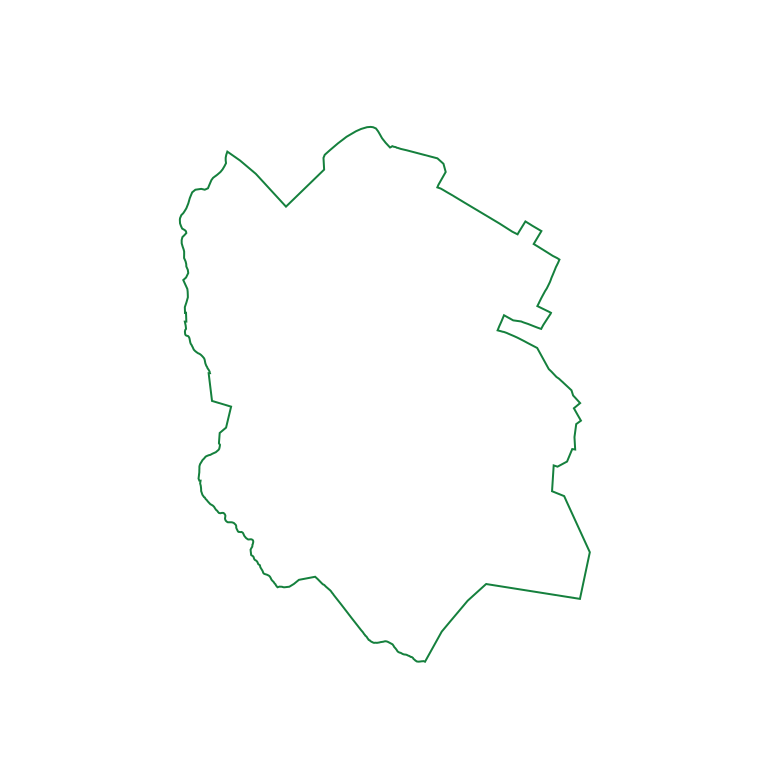 Sitalá, Chiapas, Mexico, rotated 66°
{"feature_id": "50627088B7924779316969", "entity_name": "Sitalá", "entity_type": "district", "adm_level": 2, "iso_a3": "MEX", "parent_name": "Mexico", "parent_adm1": "Chiapas", "projection": "albers", "projection_center": [-92.346, 17.038], "detail": "fine", "context": "isolated", "style": "outline", "palette": "green", "viewbox_px": 768, "rotation_deg": 66, "n_neighbors": 0, "source": "geoboundaries", "source_scale": "gbopen_adm2", "svg_char_len": 6153}
<svg xmlns="http://www.w3.org/2000/svg" viewBox="0 0 768 768"><g transform="rotate(66 384 384)"><path d="M215.4,241.4L207.0,240.1L199.6,243.4L179.8,268.1L176.1,273.0L174.0,275.3L173.3,276.3L172.4,276.9L172.1,277.3L171.3,278.5L170.5,279.3L170.1,279.7L170.2,280.1L170.3,280.9L170.4,281.4L170.4,282.3L164.3,284.4L158.8,285.8L156.8,286.0L154.5,286.2L150.8,286.6L147.3,287.4L145.0,289.5L143.7,291.6L142.5,295.0L141.7,301.1L141.7,306.8L142.9,317.6L145.4,328.1L148.3,338.0L150.5,344.9L152.8,347.3L163.8,351.5L182.1,401.4L139.9,415.6L121.3,424.6L108.0,432.6L110.5,434.9L112.9,436.6L115.4,437.7L118.0,438.5L120.1,441.1L122.3,444.2L123.8,447.2L125.0,451.2L126.1,456.2L127.5,458.7L131.1,462.6L133.6,465.2L133.6,468.7L131.4,471.6L129.8,477.3L130.9,481.3L135.2,485.8L139.4,489.3L143.1,493.1L144.9,495.7L146.3,497.9L147.3,500.5L149.6,502.9L150.9,503.7L154.3,505.0L157.0,505.2L159.9,505.2L162.4,503.4L164.0,502.8L165.7,503.2L166.8,505.7L167.8,508.4L170.2,510.3L173.2,511.6L176.8,512.1L179.5,512.3L181.7,512.7L184.4,513.9L187.6,515.4L191.3,515.4L194.0,515.9L196.3,516.8L199.9,516.8L203.0,517.7L206.2,521.5L207.4,525.1L217.2,525.0L219.8,525.8L222.8,527.0L225.0,527.9L229.1,531.3L232.8,534.7L237.0,536.4L238.1,536.9L238.4,535.9L246.6,539.2L246.0,540.6L249.9,541.4L253.1,542.4L253.7,543.5L254.5,544.1L255.4,544.7L256.2,544.9L257.0,545.2L257.8,545.4L258.8,545.3L259.6,544.7L260.4,543.6L261.3,543.2L262.7,543.1L263.9,543.3L265.6,543.7L267.4,544.1L268.7,544.2L270.2,543.9L271.3,543.9L272.6,543.8L275.2,543.8L276.9,543.2L278.5,542.4L280.2,541.4L280.8,540.8L282.0,539.9L282.9,539.4L284.4,538.8L285.9,538.3L287.5,537.9L289.0,538.0L290.7,538.4L292.5,538.8L294.2,538.9L295.4,538.9L296.6,538.7L297.8,538.8L298.3,538.7L299.7,538.4L300.4,538.4L301.1,538.3L301.9,538.3L302.2,538.5L303.3,538.6L302.8,539.8L329.5,548.0L342.5,532.9L359.6,546.0L361.9,554.0L371.0,558.9L372.9,558.6L374.6,559.7L376.2,560.9L376.9,562.0L377.9,565.4L377.9,569.2L378.1,571.5L377.8,572.9L377.7,574.8L377.8,576.5L379.0,578.9L379.6,580.6L380.8,582.3L381.5,583.3L382.2,584.4L383.5,585.6L384.5,586.3L385.9,586.9L387.5,587.7L389.5,588.6L390.8,589.4L392.5,590.4L395.0,591.9L397.2,592.0L397.7,590.9L400.0,592.4L402.5,592.8L405.3,593.7L407.5,594.6L408.9,594.7L410.7,594.9L411.8,594.9L413.0,594.6L414.2,594.4L414.8,593.9L416.6,593.7L418.0,593.1L419.4,592.8L421.5,592.1L423.2,591.5L424.2,590.7L425.5,589.8L427.0,589.2L428.5,589.0L429.8,588.8L430.7,588.6L431.6,588.1L432.6,587.8L433.7,587.6L434.7,587.2L435.5,586.1L435.7,584.9L436.2,583.6L436.6,583.0L437.2,582.8L438.2,582.4L439.6,582.4L440.6,582.9L441.6,583.6L442.5,584.1L443.2,584.1L444.2,584.2L445.2,583.9L446.0,583.5L446.8,582.9L447.7,580.8L448.5,579.2L449.0,578.6L449.9,577.7L451.2,577.2L452.1,576.8L452.9,576.7L453.7,576.8L454.2,577.0L455.0,577.4L455.7,577.5L456.6,577.5L458.2,577.4L459.0,577.4L459.9,577.1L460.1,576.6L460.6,575.9L461.0,575.1L461.2,574.4L461.8,573.9L462.3,573.6L463.0,573.4L464.2,573.4L464.9,573.4L465.8,573.4L466.4,573.3L467.0,573.1L467.8,572.9L468.5,572.7L469.1,572.4L469.9,571.9L470.6,571.5L470.9,571.1L471.2,570.2L471.5,569.4L471.7,568.7L472.3,568.0L472.9,567.5L473.8,567.3L474.7,567.5L475.6,568.0L476.2,568.5L476.9,569.0L477.2,569.5L477.8,569.8L478.4,570.1L479.2,570.7L479.5,571.3L481.1,573.3L482.4,573.7L482.9,573.9L484.0,574.2L484.6,574.4L486.1,574.9L486.5,574.8L487.2,574.3L487.7,573.9L488.7,573.6L489.1,573.5L490.3,573.7L491.6,573.7L492.5,573.3L492.8,573.0L493.6,572.5L494.8,572.1L497.5,572.1L499.1,571.1L501.1,571.5L502.0,571.4L502.6,571.3L503.6,571.2L504.8,571.0L506.2,571.0L506.8,571.1L507.6,571.1L508.8,570.6L509.3,570.0L510.0,569.2L510.9,568.2L512.1,567.3L512.6,566.9L514.0,566.5L515.5,566.4L516.9,566.4L518.0,566.1L518.6,565.9L519.8,565.4L520.7,565.2L521.7,565.1L522.8,564.6L523.9,564.6L524.6,564.5L525.0,564.3L525.7,564.2L526.4,563.9L526.5,562.9L526.6,561.9L527.0,561.1L527.3,560.6L527.7,559.7L528.2,559.2L528.9,558.3L529.2,557.7L530.7,552.9L530.0,547.6L528.3,541.4L532.1,525.3L535.3,523.9L541.0,521.8L542.3,521.2L542.7,520.8L543.3,520.3L545.5,519.5L547.4,518.6L548.9,517.9L550.6,517.1L552.1,516.6L553.2,516.5L554.8,516.0L556.5,515.7L568.3,512.7L584.1,508.9L599.3,505.1L602.3,504.2L604.3,503.9L605.4,503.5L606.1,503.5L607.5,502.8L608.4,502.6L610.0,502.4L610.8,502.1L611.5,502.1L612.5,501.2L612.8,501.2L613.9,500.6L614.5,500.2L615.0,499.7L615.8,499.1L616.4,498.4L616.9,497.0L617.6,495.7L617.8,495.0L618.2,493.5L618.4,492.2L618.8,490.7L619.2,489.3L619.3,488.3L619.7,487.1L620.3,486.2L621.3,485.2L625.3,482.1L627.3,481.7L628.2,481.7L630.0,481.1L632.0,480.6L632.9,480.5L634.0,480.3L634.4,480.0L635.2,479.5L635.7,479.0L636.4,478.1L636.8,477.8L638.3,476.7L639.2,475.7L640.2,474.0L640.7,473.4L642.3,472.1L642.8,471.4L644.1,470.7L644.6,469.8L645.9,469.0L647.3,468.8L648.3,468.2L649.2,467.9L650.9,466.8L651.8,465.2L652.2,463.9L652.4,463.3L652.6,462.5L653.0,461.4L653.3,460.5L654.4,459.5L633.7,432.0L627.7,419.8L616.0,395.7L608.3,372.2L608.3,371.9L608.7,371.4L660.0,292.4L621.4,264.4L565.2,265.0L559.7,265.0L550.3,274.1L527.4,262.1L530.1,259.1L529.3,248.3L520.0,238.5L521.6,236.0L510.0,231.6L498.8,224.7L497.6,219.0L490.8,219.7L483.4,220.4L481.2,212.6L471.4,215.9L466.0,215.3L450.3,222.0L447.7,223.6L440.8,226.0L437.4,227.4L413.4,229.4L410.5,231.7L404.7,236.3L402.1,238.3L398.1,241.5L395.9,243.3L393.3,245.6L389.1,249.5L387.2,251.2L385.2,253.3L384.4,254.5L383.6,255.4L381.2,258.4L378.1,255.2L374.9,251.6L370.0,246.4L378.4,240.1L382.7,233.2L384.3,231.7L385.6,230.3L387.7,228.0L392.6,223.2L394.8,221.0L396.9,218.8L397.6,218.0L396.8,217.0L394.8,214.4L391.1,208.7L387.5,203.1L386.9,202.5L385.6,203.5L378.8,209.2L375.2,212.2L372.9,209.4L372.1,208.5L369.3,205.1L364.6,199.0L362.9,196.4L360.0,192.9L358.3,190.9L356.8,189.4L355.1,187.8L352.8,185.3L348.7,181.0L347.3,179.6L344.2,175.8L341.7,173.1L339.4,174.6L338.3,175.5L335.6,177.7L330.2,181.3L323.4,185.9L321.6,187.1L318.6,189.2L317.0,190.3L315.0,187.5L311.2,182.1L309.1,179.1L308.3,178.0L305.4,180.1L305.1,180.3L299.8,184.1L299.2,184.5L297.4,185.7L297.1,185.9L293.0,188.7L300.1,199.1L301.6,201.1L297.1,204.8L284.7,213.0L284.4,213.2L250.9,236.8L239.0,245.1L234.9,248.1L232.5,249.8L230.8,251.0L228.5,252.7L226.1,255.3L224.2,253.3L215.4,241.4Z" fill="none" stroke="#15803d" stroke-width="2"/></g></svg>